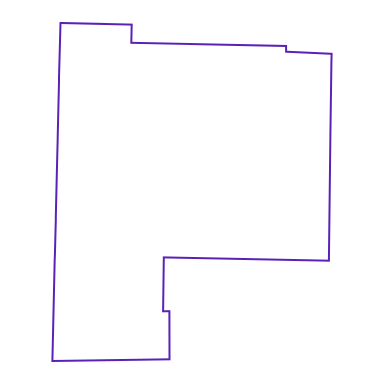 outline of Polk, Arkansas, United States of America
{"feature_id": "52423323B90433618963574", "entity_name": "Polk", "entity_type": "district", "adm_level": 2, "iso_a3": "USA", "parent_name": "United States of America", "parent_adm1": "Arkansas", "projection": "mercator", "projection_center": [-94.282, 34.459], "detail": "fine", "context": "isolated", "style": "outline", "palette": "violet", "viewbox_px": 384, "rotation_deg": 0, "n_neighbors": 0, "source": "geoboundaries", "source_scale": "gbopen_adm2", "svg_char_len": 415}
<svg xmlns="http://www.w3.org/2000/svg" viewBox="0 0 384 384"><path d="M331.4,62.9L331.6,53.8L286.1,51.7L286.1,46.0L131.3,42.8L131.7,24.6L60.5,23.0L59.9,45.3L59.0,77.1L59.0,82.1L57.7,136.8L57.7,138.4L57.1,162.1L55.8,217.2L55.8,220.4L55.6,227.8L54.9,254.8L54.7,259.5L52.4,361.0L169.5,359.3L169.4,311.2L163.1,311.3L163.8,257.4L328.9,260.7L330.4,134.9L331.4,62.9Z" fill="none" stroke="#5b21b6" stroke-width="2"/></svg>